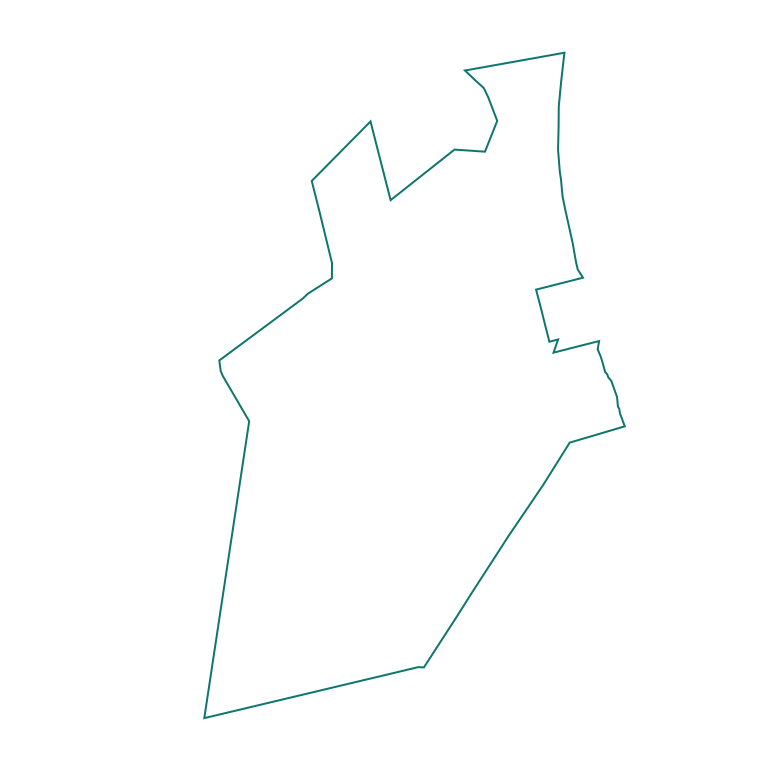 outline of Ouad Naga, Trarza, Mauritania, rotated 166°
{"feature_id": "47542326B19423449459947", "entity_name": "Ouad Naga", "entity_type": "district", "adm_level": 2, "iso_a3": "MRT", "parent_name": "Mauritania", "parent_adm1": "Trarza", "projection": "albers", "projection_center": [-15.755, 18.145], "detail": "fine", "context": "isolated", "style": "outline", "palette": "teal", "viewbox_px": 768, "rotation_deg": 166, "n_neighbors": 0, "source": "geoboundaries", "source_scale": "gbopen_adm2", "svg_char_len": 980}
<svg xmlns="http://www.w3.org/2000/svg" viewBox="0 0 768 768"><g transform="rotate(166 384 384)"><path d="M413.8,99.4L369.3,141.0L350.8,158.7L299.7,206.6L286.5,218.4L253.8,247.7L218.0,282.2L160.6,284.7L162.1,297.8L161.8,303.3L162.5,305.4L161.0,315.1L162.2,326.8L162.7,332.1L164.7,336.0L165.1,339.4L166.5,342.1L166.7,350.9L167.0,357.3L168.3,366.0L164.9,373.6L179.9,373.6L195.2,373.5L211.4,373.4L211.9,373.4L204.3,385.1L213.3,385.0L213.4,401.2L213.4,421.4L213.6,438.8L187.3,438.9L165.2,439.0L168.3,448.1L168.2,456.0L166.9,473.8L166.3,495.9L166.0,508.0L165.4,522.7L162.7,540.2L162.2,546.6L158.4,569.4L152.2,591.9L147.4,610.6L139.2,633.9L128.8,661.8L229.6,668.6L222.4,657.2L215.6,647.1L213.5,636.9L210.5,612.0L210.5,611.9L229.8,585.0L258.9,594.4L333.1,560.8L333.6,642.0L405.0,598.5L404.9,566.6L405.2,513.9L409.0,499.1L436.1,490.0L442.3,486.5L538.1,446.7L539.3,436.1L538.5,430.9L523.8,380.5L639.2,103.3L419.5,101.0L413.8,99.4Z" fill="none" stroke="#0f766e" stroke-width="2"/></g></svg>